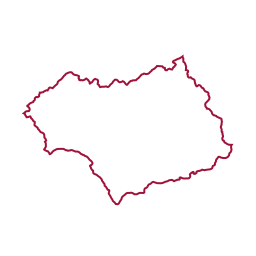 Sihuas, Áncash, Peru, rotated 96°
{"feature_id": "86281439B22456830614745", "entity_name": "Sihuas", "entity_type": "district", "adm_level": 2, "iso_a3": "PER", "parent_name": "Peru", "parent_adm1": "Áncash", "projection": "robinson", "projection_center": [-77.577, -8.497], "detail": "fine", "context": "isolated", "style": "outline", "palette": "rose", "viewbox_px": 256, "rotation_deg": 96, "n_neighbors": 0, "source": "geoboundaries", "source_scale": "gbopen_adm2", "svg_char_len": 5754}
<svg xmlns="http://www.w3.org/2000/svg" viewBox="0 0 256 256"><g transform="rotate(96 128 128)"><path d="M78.9,192.4L80.5,195.2L81.3,195.9L81.9,196.1L82.9,197.2L84.4,198.0L86.0,199.1L87.1,200.1L87.7,201.1L89.4,202.6L91.1,202.8L91.7,203.1L94.1,205.4L96.3,207.1L96.1,208.0L95.9,209.4L96.0,210.2L96.8,211.0L97.9,211.2L99.1,211.9L99.0,212.9L99.1,213.3L100.6,215.6L101.2,216.1L101.9,218.3L102.0,219.4L103.0,219.4L104.2,219.9L105.7,219.7L106.2,220.2L106.8,221.1L106.6,221.8L106.9,222.7L107.9,223.6L108.6,223.8L109.7,223.6L110.6,224.2L111.1,224.8L111.9,224.9L112.2,225.2L113.2,227.2L114.2,228.5L115.3,229.2L116.4,230.5L116.7,230.5L116.9,230.2L117.3,229.7L117.6,229.0L118.5,228.2L119.7,227.7L121.3,228.1L121.6,228.8L121.9,230.4L122.3,231.3L122.6,231.7L123.7,232.5L124.3,233.2L124.6,232.3L125.0,231.8L125.9,231.6L126.8,230.7L127.9,230.0L127.6,228.7L126.7,226.6L126.7,226.3L128.6,225.2L129.1,224.3L130.9,222.9L131.7,221.4L133.0,221.2L134.1,221.4L135.2,221.1L137.0,218.2L137.3,217.8L138.1,217.6L138.7,217.0L139.0,216.4L139.7,215.9L141.2,214.5L141.8,212.2L142.5,211.2L143.5,210.6L146.3,210.1L147.7,208.7L149.1,208.1L150.1,209.0L150.4,209.2L151.6,208.2L155.1,207.7L156.7,208.4L157.6,209.0L158.2,209.1L158.5,208.7L159.2,207.0L159.6,205.2L160.9,203.9L162.2,203.2L162.0,202.6L161.2,201.6L159.6,200.6L158.5,199.7L156.7,197.0L156.2,196.1L155.5,190.2L155.6,189.6L156.6,187.5L156.7,187.2L156.5,186.5L156.9,185.3L156.6,184.4L156.4,183.2L156.0,182.6L155.8,181.6L156.9,177.8L156.7,175.3L157.5,173.4L158.5,172.5L158.7,171.4L159.2,170.8L159.5,169.9L159.4,169.2L160.2,168.2L160.6,166.4L160.9,165.8L161.6,164.8L163.5,163.0L164.7,161.1L165.9,160.0L166.8,159.6L167.6,159.8L168.8,160.7L169.2,161.7L169.8,161.8L171.0,160.9L171.8,160.6L173.4,159.5L173.9,158.5L174.2,158.2L175.1,158.2L176.4,157.8L177.2,156.7L177.4,155.7L178.0,154.0L178.6,153.3L179.9,150.9L181.7,148.9L183.6,148.0L184.5,146.9L185.3,146.5L185.8,145.7L186.6,145.4L187.5,145.3L187.9,145.1L189.0,143.6L191.2,142.0L191.6,141.5L191.6,140.6L192.1,140.1L192.7,140.0L193.8,140.3L195.1,140.3L195.7,140.0L196.9,138.9L199.8,137.0L200.5,136.3L201.8,135.6L202.4,135.1L203.4,133.5L204.5,132.6L204.9,132.1L204.8,131.5L204.9,130.3L204.1,129.3L200.9,127.9L199.9,127.2L197.7,126.8L197.0,126.4L196.0,125.5L195.1,124.5L193.4,123.0L192.8,122.2L192.6,121.5L192.5,120.1L192.0,117.9L192.3,116.4L193.2,114.7L193.1,112.9L192.9,112.3L191.4,109.8L191.1,108.0L191.1,106.4L190.9,105.6L190.3,105.0L188.4,105.3L186.8,105.1L186.3,104.8L185.7,103.7L185.0,102.9L184.6,102.6L183.0,102.0L182.3,101.6L181.9,101.2L181.2,99.8L179.4,98.2L179.0,97.4L179.0,96.9L179.5,94.7L179.8,93.1L179.5,89.3L178.9,87.6L178.2,86.3L177.6,85.4L176.8,83.1L175.8,81.8L175.5,81.0L175.0,78.8L175.5,77.7L176.0,76.9L176.1,76.5L175.4,75.7L174.8,74.2L174.2,73.5L174.1,71.9L173.9,71.4L173.5,71.2L172.0,71.4L171.7,70.9L171.7,70.2L172.1,69.3L172.3,68.3L172.4,67.1L172.0,64.3L171.9,63.1L171.6,62.2L170.8,61.4L170.1,61.1L169.0,61.1L167.7,61.6L166.9,61.2L165.1,59.2L164.9,58.5L165.2,58.1L166.1,58.3L166.6,57.8L166.7,57.1L166.5,56.4L165.5,55.2L164.6,55.3L164.1,55.0L163.6,54.1L163.1,52.2L162.2,50.4L161.7,49.9L162.0,47.5L161.6,46.6L160.4,41.7L159.5,40.4L158.7,39.9L157.6,39.9L157.0,39.7L156.5,39.2L156.1,38.2L155.7,37.9L155.2,37.7L153.8,37.9L152.4,37.1L151.0,37.1L150.0,36.8L149.3,36.2L147.7,35.4L147.5,35.2L147.1,34.6L147.1,34.3L147.3,33.3L147.7,32.4L147.8,31.1L147.9,29.5L147.7,28.2L147.3,27.0L146.4,25.8L144.9,24.8L144.2,24.6L142.8,24.6L142.3,24.3L141.3,23.4L140.0,23.0L138.6,22.8L137.1,23.3L135.2,23.6L134.7,23.5L133.9,23.1L134.1,25.9L133.7,27.4L132.6,29.5L132.3,30.4L131.8,30.8L131.1,30.9L130.5,31.6L130.5,32.2L130.2,32.5L129.2,33.0L128.1,33.2L126.7,32.6L126.1,32.6L124.5,33.3L123.5,33.4L122.9,33.8L122.2,33.8L122.1,34.3L121.7,34.5L119.4,34.8L117.5,35.8L116.4,35.7L115.4,35.3L113.1,35.4L111.9,35.2L110.7,35.7L109.4,35.9L109.0,36.3L107.5,40.8L106.8,41.4L106.7,42.3L106.3,43.3L106.4,43.9L105.6,45.2L104.9,45.8L104.6,46.0L103.5,46.3L102.3,47.4L100.9,49.0L100.5,50.0L100.5,51.7L99.6,51.9L98.8,52.9L98.2,53.3L96.4,53.7L95.3,53.5L92.1,51.0L90.7,50.1L90.2,50.3L88.9,50.1L88.2,50.7L87.3,51.0L86.6,51.6L85.1,51.5L84.2,52.3L83.4,55.1L81.6,56.8L81.1,56.8L80.6,57.3L80.2,58.8L78.5,60.2L78.0,61.0L77.9,62.2L79.1,63.4L79.4,63.9L79.3,64.3L77.8,65.4L77.1,65.5L76.4,66.0L73.5,66.8L73.1,67.1L72.7,67.8L71.9,70.0L71.0,70.9L71.5,72.5L71.1,73.3L70.6,73.8L69.9,74.0L68.9,74.1L68.6,74.5L67.5,74.7L67.2,74.7L66.3,74.2L65.3,74.1L64.9,74.3L64.5,74.7L64.4,76.5L61.0,76.6L60.4,76.8L57.8,78.0L56.8,78.9L56.4,79.8L56.2,79.9L54.1,80.2L53.4,80.1L51.8,81.1L51.1,81.2L52.1,82.2L52.5,83.0L53.6,84.3L54.0,85.6L55.6,88.0L56.4,89.5L57.0,90.1L57.8,90.2L58.1,90.0L58.9,87.9L59.9,87.1L60.8,87.4L61.5,88.1L62.4,88.5L63.0,89.3L65.2,90.2L65.2,91.4L64.7,93.0L65.4,94.4L66.5,95.4L66.6,96.4L66.3,97.1L64.3,97.7L64.3,99.2L63.1,100.2L63.3,105.6L63.6,105.7L66.2,107.9L67.9,110.3L68.8,110.6L69.7,111.6L71.5,113.0L72.0,113.8L72.5,115.6L72.2,117.8L72.9,118.7L73.5,120.1L77.2,122.7L78.2,123.9L79.7,125.1L79.7,125.8L80.0,126.7L80.0,127.9L80.6,128.9L80.9,130.2L82.4,131.6L84.8,133.2L85.2,133.6L85.2,133.9L84.8,134.6L82.6,136.6L82.3,137.2L82.0,138.2L82.6,138.9L83.2,140.3L83.4,141.2L83.2,141.7L82.8,142.3L81.8,143.3L81.3,144.1L81.2,145.5L81.3,146.0L82.0,146.6L83.6,147.8L84.8,148.2L86.7,150.1L88.2,150.9L89.3,152.1L89.4,152.4L88.9,154.1L89.5,156.2L89.7,158.4L90.3,160.0L89.3,160.9L88.4,161.2L87.6,162.7L87.2,162.8L84.8,162.6L83.9,162.8L83.4,163.2L83.0,164.0L82.9,165.3L82.6,165.8L82.9,166.3L83.6,167.1L86.4,168.7L87.1,169.8L87.8,170.5L87.4,170.9L86.0,171.1L85.1,172.3L84.4,172.6L84.2,173.2L83.2,174.5L83.4,175.2L84.5,176.1L85.4,178.1L85.2,179.6L85.6,180.6L85.2,181.6L84.9,181.7L84.4,181.6L83.5,182.4L81.9,182.1L81.4,182.4L80.9,184.3L80.7,186.9L80.0,188.2L78.6,189.8L78.5,190.9L78.9,192.4Z" fill="none" stroke="#9f1239" stroke-width="2"/></g></svg>